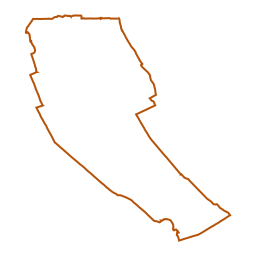 Ruginoasa, Neamt, Romania
{"feature_id": "2599482B69154403350472", "entity_name": "Ruginoasa", "entity_type": "district", "adm_level": 2, "iso_a3": "ROU", "parent_name": "Romania", "parent_adm1": "Neamt", "projection": "equal_earth", "projection_center": [26.701, 46.98], "detail": "fine", "context": "isolated", "style": "outline", "palette": "amber", "viewbox_px": 256, "rotation_deg": 0, "n_neighbors": 0, "source": "geoboundaries", "source_scale": "gbopen_adm2", "svg_char_len": 5400}
<svg xmlns="http://www.w3.org/2000/svg" viewBox="0 0 256 256"><path d="M197.8,234.8L198.9,234.4L199.6,234.0L203.3,231.8L210.9,227.1L214.1,225.3L215.8,224.2L218.9,222.5L219.8,221.8L220.0,221.5L221.2,220.9L221.3,220.9L222.1,220.2L222.7,220.0L224.4,218.9L226.3,217.6L230.1,215.2L228.2,212.7L224.2,210.7L222.9,209.7L219.9,207.8L218.4,205.8L216.9,204.2L215.5,204.5L213.8,204.3L212.4,203.2L212.0,202.4L211.2,201.5L210.2,201.0L209.3,200.2L207.4,199.0L188.9,180.0L188.6,179.3L188.3,179.1L186.9,178.7L185.6,178.2L184.9,177.9L184.7,177.9L184.3,177.6L183.9,177.0L181.6,174.6L181.4,174.2L180.7,174.5L180.7,174.3L166.4,157.3L164.6,155.4L155.3,144.4L153.3,142.0L152.3,140.9L150.0,137.9L148.6,135.7L146.7,132.4L145.5,130.7L144.6,129.1L144.2,128.1L143.6,127.3L141.0,122.9L138.0,117.5L137.0,116.0L136.1,114.4L155.2,105.4L154.5,103.6L154.0,102.2L153.2,101.2L151.7,100.7L149.7,98.3L155.9,94.9L155.5,92.4L155.1,89.5L153.7,84.0L151.0,80.3L150.4,78.2L149.9,75.1L147.7,72.1L142.5,67.3L141.2,65.6L141.0,65.1L141.3,64.8L142.0,64.4L142.4,64.1L142.4,63.9L141.7,63.2L140.8,62.0L139.4,59.9L139.5,59.6L138.0,57.2L136.6,54.6L135.7,52.8L135.5,52.2L135.3,51.4L135.1,51.2L134.9,51.1L134.5,50.5L134.2,49.9L131.9,47.3L131.1,46.3L130.5,45.4L130.2,44.6L129.8,44.0L127.8,40.8L126.1,37.8L124.9,35.4L124.2,34.1L122.6,31.2L122.4,30.7L122.1,30.8L122.0,30.6L121.9,30.2L121.7,30.0L121.6,29.3L121.3,28.5L121.1,28.2L120.9,26.9L120.8,26.1L120.8,25.8L120.7,25.5L120.5,24.9L120.3,24.5L120.0,23.5L119.8,22.6L119.8,22.2L119.7,22.0L119.6,21.2L119.6,20.7L119.6,20.3L119.4,19.4L119.3,19.0L119.1,18.4L118.6,18.3L118.2,18.5L117.3,18.6L116.2,18.6L115.6,18.6L113.1,18.6L112.4,18.5L111.9,18.6L111.2,18.6L110.6,18.7L109.6,18.1L107.8,18.2L105.7,18.2L104.4,18.3L104.1,18.4L103.6,18.3L103.0,18.3L102.8,18.3L102.3,18.2L102.1,18.3L101.6,18.3L101.3,18.2L101.3,17.9L101.0,17.8L100.8,17.8L100.7,18.2L100.5,18.6L100.7,18.8L100.6,19.0L100.4,18.9L100.1,18.5L99.8,18.3L98.8,18.2L98.3,18.4L98.0,18.5L94.4,18.5L92.8,18.6L92.3,18.6L91.8,18.5L91.3,18.5L90.7,18.4L88.9,18.5L88.1,18.4L87.5,18.5L84.7,18.6L84.4,18.5L84.0,18.2L83.6,18.2L83.2,18.3L82.9,18.6L81.9,18.6L81.4,18.5L81.4,18.3L81.4,18.2L81.4,17.8L81.6,16.3L81.3,15.8L81.0,15.6L80.5,15.5L79.7,15.5L79.4,15.6L78.8,15.5L78.4,15.6L77.7,15.6L77.2,15.6L76.9,15.4L76.2,15.4L75.6,15.5L74.6,15.6L74.2,15.7L73.7,15.5L72.0,16.1L70.7,16.3L70.7,16.5L70.4,16.2L69.4,16.0L69.3,15.8L69.2,15.8L68.4,16.1L68.2,16.1L67.1,15.8L65.8,15.5L64.7,15.7L64.4,15.6L64.2,15.8L64.3,16.1L63.9,16.3L63.3,16.5L63.2,16.7L62.9,17.0L62.5,17.1L61.1,16.4L60.7,16.3L59.9,16.3L58.7,15.9L58.4,15.9L57.4,16.3L56.9,17.0L56.4,16.9L55.3,17.0L54.0,17.5L52.5,18.7L52.1,18.8L50.7,18.9L49.4,18.8L48.6,18.8L48.4,18.6L47.1,18.9L42.6,18.9L41.5,19.0L38.4,19.0L36.9,18.8L36.2,18.9L35.3,19.0L33.9,18.9L33.4,19.0L33.1,18.9L31.6,21.2L31.1,22.0L28.7,25.3L28.3,26.1L27.8,26.6L27.1,27.4L26.8,28.0L26.7,28.7L26.5,29.3L26.2,30.5L26.2,31.1L26.1,31.3L26.1,31.9L25.9,32.1L25.9,32.3L26.0,32.8L26.3,32.9L26.3,32.6L26.9,32.6L27.1,32.6L27.6,32.2L27.8,32.2L28.0,32.4L28.5,33.0L28.7,33.4L28.9,33.6L29.0,33.9L29.3,34.2L29.5,34.6L29.6,34.9L29.7,35.2L29.7,35.3L29.5,35.7L29.7,36.1L29.7,36.6L29.8,37.0L29.8,37.5L30.0,38.1L30.0,39.1L30.1,39.4L30.3,39.9L30.2,40.2L30.3,40.4L30.2,40.6L30.3,41.0L30.6,40.9L30.9,40.8L31.2,40.9L31.2,41.4L31.1,41.5L31.2,41.9L30.9,42.2L31.5,42.8L32.0,43.6L32.3,44.4L32.5,44.8L32.6,45.0L32.8,45.1L33.2,45.5L33.2,45.8L33.6,46.2L34.4,47.6L34.8,49.1L35.1,50.5L34.9,51.5L34.5,52.3L34.1,52.7L33.5,53.2L33.0,53.4L31.7,53.8L31.3,54.0L31.5,54.9L31.9,56.1L32.4,57.2L32.6,58.0L33.4,60.3L34.0,62.3L34.6,64.0L34.9,65.3L35.1,66.3L35.3,66.9L35.7,67.8L36.1,69.2L36.2,69.9L36.1,70.5L36.2,70.9L36.5,71.8L36.6,72.0L36.8,72.1L36.3,72.2L33.5,73.5L30.6,74.7L30.3,74.8L30.2,75.0L31.8,78.8L34.0,83.7L35.0,86.3L35.5,87.6L35.5,88.0L35.7,88.9L36.4,90.3L38.7,95.7L39.9,99.2L40.4,101.0L40.7,101.3L41.7,103.5L42.4,105.0L42.9,105.5L36.4,107.6L40.0,114.6L40.9,116.8L42.1,118.9L42.3,119.0L42.6,119.4L42.9,120.3L44.2,122.5L44.9,123.9L46.0,125.4L47.4,128.6L51.3,135.6L52.8,138.6L54.5,141.9L54.5,142.0L54.7,142.4L55.4,142.9L58.8,145.8L60.9,147.8L62.1,148.7L66.1,152.3L66.9,152.9L67.1,153.1L71.7,157.2L75.9,160.7L77.3,161.8L79.0,163.4L79.9,164.2L80.6,164.6L84.0,167.4L87.7,170.9L90.8,173.4L93.7,176.1L98.3,180.1L101.2,182.7L104.0,184.9L107.0,187.7L107.7,188.1L108.5,188.9L110.0,190.1L111.8,191.5L113.6,192.7L114.8,193.3L116.2,193.9L116.6,194.2L117.2,194.9L118.0,195.3L120.0,195.2L121.1,195.4L121.5,195.6L125.5,197.2L126.4,197.6L128.7,198.7L130.8,199.8L131.7,200.4L132.2,200.8L132.8,201.6L134.6,203.2L136.0,204.3L137.1,205.2L138.7,206.8L139.8,207.7L141.4,209.0L144.7,211.8L146.4,213.4L147.6,214.7L150.5,217.4L152.0,218.9L154.1,220.8L154.5,221.0L155.1,221.0L155.8,221.2L156.6,221.3L156.9,221.3L157.9,221.7L159.3,222.3L159.7,222.3L160.0,222.1L160.4,221.8L160.8,221.4L160.9,221.2L161.0,220.9L161.0,220.7L160.9,220.5L162.0,220.6L162.6,220.4L162.8,220.3L163.1,220.1L163.2,219.9L163.3,219.6L163.6,219.4L164.3,219.4L164.4,219.1L164.5,219.1L164.8,219.1L165.1,219.2L165.6,219.3L165.9,219.1L166.5,219.0L167.5,219.4L168.3,219.5L168.6,219.6L170.1,220.1L170.7,220.4L171.7,222.1L172.0,222.6L172.7,223.6L173.1,224.8L173.3,225.9L173.4,227.5L173.0,228.5L173.1,229.1L173.5,230.2L174.3,230.3L175.1,229.6L176.3,229.6L177.0,230.5L178.0,231.4L178.7,232.6L178.0,232.8L177.2,232.4L176.8,235.2L177.8,236.1L178.5,237.9L179.1,240.6L183.3,239.2L193.3,236.1L196.2,235.3L197.8,234.8Z" fill="none" stroke="#b45309" stroke-width="2"/></svg>